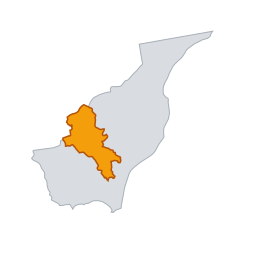 Morocco, with Meknès - Tafilalet highlighted, rotated 170°
{"feature_id": "MAR-1452", "entity_name": "Meknès - Tafilalet", "entity_type": "Region", "adm_level": 1, "iso_a3": "MAR", "parent_name": "Morocco", "parent_adm1": "", "projection": "robinson", "projection_center": [-5.04, 32.255], "detail": "fine", "context": "in_parent", "style": "filled", "palette": "amber", "viewbox_px": 256, "rotation_deg": 170, "n_neighbors": 0, "source": "natural_earth", "source_scale": "10m", "svg_char_len": 5366}
<svg xmlns="http://www.w3.org/2000/svg" viewBox="0 0 256 256"><g transform="rotate(170 128 128)"><path d="M29.9,206.5L31.5,203.7L34.1,202.5L39.5,201.9L47.6,199.5L54.8,196.0L56.9,194.6L59.1,191.8L62.8,188.1L69.6,183.7L72.7,181.3L77.5,175.1L80.7,170.0L83.4,166.8L85.2,163.9L86.5,160.9L87.3,156.2L86.9,154.3L84.9,151.3L83.6,150.5L83.3,149.0L84.0,146.5L84.1,142.2L84.6,135.3L86.8,129.7L92.3,122.4L93.4,119.3L94.0,114.6L94.1,112.9L100.9,106.1L104.9,100.9L106.3,99.6L109.7,97.2L121.9,92.0L128.7,88.3L132.7,85.6L135.1,82.4L141.7,69.9L148.2,52.3L148.7,50.3L151.6,49.7L153.6,49.4L155.2,48.8L157.2,47.4L159.2,48.0L158.2,48.9L158.2,51.0L159.6,53.6L162.0,56.4L166.3,60.1L169.7,61.5L174.5,62.4L180.2,60.8L183.3,60.8L184.9,60.1L186.5,61.1L189.7,61.4L192.8,60.9L195.1,59.4L196.5,57.6L196.8,58.5L196.9,59.4L197.3,59.9L198.2,62.2L198.7,63.0L200.5,62.9L202.0,63.3L205.5,63.1L208.8,63.5L209.3,64.9L210.3,66.1L213.7,68.7L215.8,70.4L215.8,70.9L215.2,72.3L214.9,73.2L215.5,74.2L216.7,75.4L216.8,75.9L216.5,76.6L215.9,77.9L217.3,81.6L217.6,85.2L217.3,87.8L217.3,89.3L217.5,90.6L218.7,93.5L217.9,98.3L218.9,101.0L220.1,103.1L220.8,106.9L221.8,108.7L223.4,110.3L224.3,110.9L226.1,112.2L227.4,113.3L228.2,114.9L226.6,116.3L225.3,117.5L225.0,118.7L225.6,120.8L225.6,121.9L224.8,122.3L221.5,122.2L218.9,122.1L215.9,122.0L211.7,121.8L209.1,121.7L205.6,121.5L204.3,121.6L201.1,122.2L198.8,122.6L198.4,122.7L197.7,123.2L197.2,124.7L196.7,126.5L196.3,127.3L189.3,129.8L186.6,130.1L185.0,129.9L183.9,130.1L183.0,130.6L182.6,131.5L182.6,132.5L182.8,133.5L183.5,135.0L183.6,136.5L183.2,137.5L183.1,138.6L182.9,139.7L183.3,140.3L183.9,140.4L184.6,140.9L185.6,141.4L186.3,142.3L186.3,143.5L185.7,144.2L185.1,144.6L182.5,145.0L180.4,145.2L177.7,147.3L174.9,149.4L171.5,150.8L170.0,151.2L167.3,152.3L164.2,154.0L162.7,156.7L160.7,159.8L158.8,161.9L156.3,163.9L153.9,164.6L150.9,165.6L147.1,166.3L144.4,166.6L143.6,166.7L141.2,166.8L140.1,166.6L139.2,166.5L138.8,166.8L138.7,167.3L138.7,168.4L138.5,169.7L137.8,170.8L137.2,171.3L136.6,171.5L134.6,171.2L133.0,170.8L129.0,170.4L128.2,170.5L127.9,170.6L126.7,171.3L124.8,172.9L123.5,174.3L122.5,174.9L120.2,175.2L119.2,175.7L114.9,179.1L114.0,180.0L109.5,182.9L108.3,183.9L107.3,184.9L104.6,187.1L102.9,188.0L102.6,188.6L102.5,189.9L102.5,192.9L102.5,195.7L102.5,199.9L102.4,204.0L102.4,208.6L27.8,208.6L29.9,206.5Z" fill="#d9dde1" stroke="#a8b0b8" stroke-width="1"/><path d="M193.9,129.3L193.0,129.5L188.2,130.4L187.5,130.5L186.8,130.3L185.7,130.9L185.5,135.9L184.3,136.0L183.4,136.7L183.2,137.0L183.1,137.3L183.2,138.8L183.2,139.2L182.8,139.8L182.7,140.2L182.8,140.6L183.0,140.7L183.3,140.8L183.6,140.6L184.0,140.2L184.3,140.0L184.6,140.1L184.8,140.4L185.3,141.1L185.6,141.4L186.2,141.7L186.3,141.9L186.5,142.2L186.6,142.6L186.6,142.9L187.5,144.4L186.6,145.9L185.8,146.7L185.9,147.9L186.0,149.2L182.9,150.8L180.2,151.5L177.6,151.6L175.7,152.2L174.0,153.1L172.2,155.6L169.9,157.5L167.5,158.6L164.9,156.8L163.2,155.6L161.9,154.5L161.0,154.2L160.1,153.3L159.9,152.1L160.3,151.3L160.3,150.3L159.7,149.6L159.1,148.7L158.8,148.0L158.2,147.4L157.7,147.0L157.7,146.0L157.8,145.4L158.2,144.9L158.7,143.6L158.6,142.6L158.7,141.4L159.8,137.7L160.2,135.5L159.5,134.3L157.0,132.5L156.2,131.7L155.2,131.3L154.4,131.1L153.2,131.4L152.3,131.3L151.6,131.1L152.0,129.8L153.5,127.9L154.3,126.5L154.0,125.2L152.9,124.6L150.4,125.4L150.1,124.3L149.6,123.8L149.7,122.9L150.2,122.0L151.4,121.3L153.2,119.8L153.9,119.5L154.6,119.3L155.9,119.3L156.0,118.9L155.5,117.8L155.4,117.2L155.0,116.4L155.4,115.5L155.9,114.9L156.5,114.4L156.5,114.1L155.1,113.7L153.0,112.3L151.0,111.5L148.9,109.5L146.6,108.6L146.6,107.7L146.7,107.3L146.4,106.5L145.9,106.3L145.1,106.3L144.8,106.0L144.9,105.2L145.0,104.9L145.1,104.3L144.0,103.0L142.1,101.6L141.4,101.3L140.7,100.7L140.5,99.9L140.9,99.3L140.8,98.4L140.7,98.0L140.8,97.5L140.8,97.1L141.3,96.1L141.6,95.4L142.0,95.3L142.4,95.3L143.5,95.7L143.9,96.0L143.9,96.4L143.9,96.8L143.9,97.1L144.1,97.4L144.9,97.7L145.3,97.7L145.7,97.9L146.0,98.1L146.9,98.4L147.4,98.4L147.7,98.2L148.2,98.1L150.0,98.1L150.5,98.0L150.8,97.7L150.6,97.4L150.5,97.1L150.5,96.7L150.5,96.2L150.5,95.8L150.6,95.3L150.6,94.8L150.8,94.2L150.8,93.5L150.8,92.9L150.8,92.4L151.2,91.3L151.6,90.5L151.9,89.2L151.7,88.7L151.4,88.4L151.3,88.0L151.0,87.6L150.8,87.3L151.3,85.9L151.1,85.4L150.7,84.9L150.4,84.5L150.4,84.1L150.0,83.3L149.8,83.1L149.3,82.8L149.6,82.1L150.2,81.8L150.3,81.3L150.6,81.1L150.8,80.9L151.6,81.3L151.8,81.6L152.1,81.8L152.2,82.3L152.6,82.4L153.1,82.5L153.8,82.5L154.4,82.5L156.0,81.8L156.3,81.6L156.4,81.2L156.3,80.9L156.8,79.6L157.5,80.6L157.9,81.2L158.1,81.9L158.3,82.6L158.3,83.0L158.6,83.3L159.0,83.2L159.3,83.0L159.6,82.9L159.9,83.3L160.5,85.0L161.9,87.5L162.2,88.2L162.0,88.7L161.2,89.9L161.3,90.5L161.7,91.0L164.1,91.5L164.8,92.1L165.2,92.9L165.3,94.0L164.0,95.6L163.8,96.4L165.9,102.1L167.3,104.1L167.6,104.8L167.7,105.5L168.3,106.0L169.6,106.3L170.9,106.4L172.0,106.8L173.5,108.4L175.1,110.7L175.5,111.3L176.2,111.8L177.0,112.1L178.3,112.0L178.9,112.1L180.1,112.0L181.1,113.5L181.5,114.4L182.6,116.0L183.3,117.5L183.6,118.5L184.2,118.9L184.4,119.7L185.1,120.4L185.3,121.1L185.7,121.3L186.6,121.1L187.4,120.7L187.8,120.4L188.5,120.4L189.3,120.6L189.8,120.9L190.6,121.1L191.3,120.9L192.1,120.8L192.7,121.0L192.4,122.0L192.4,123.6L192.6,124.9L193.4,126.7L194.0,127.2L193.9,128.2L193.9,129.3Z" fill="#f59e0b" stroke="#b45309" stroke-width="1.5"/></g></svg>